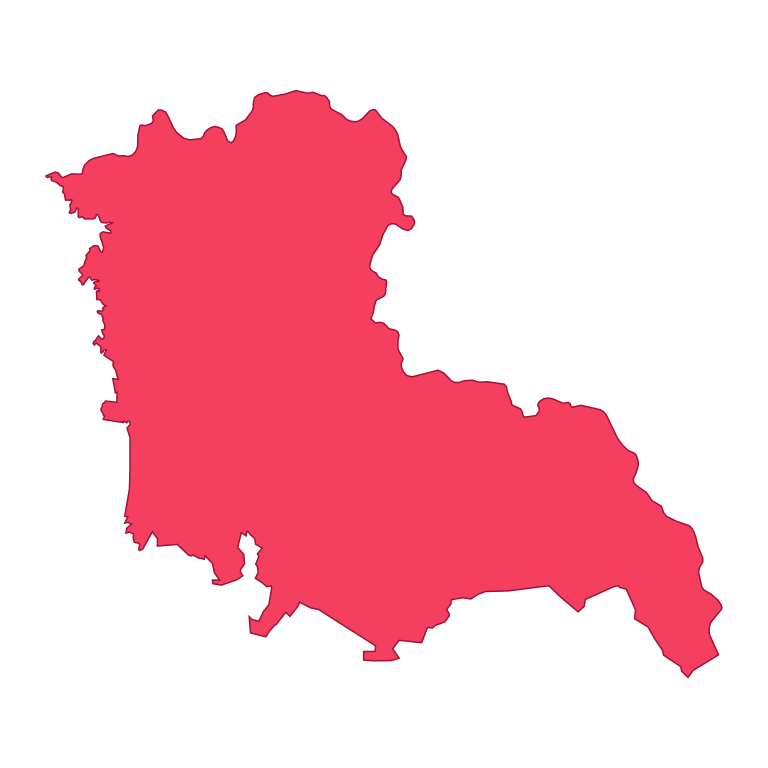 Skaņkalnes pag., Mazsalacas, Latvia (Albers equal-area conic projection)
{"feature_id": "27541924B43607455964711", "entity_name": "Skaņkalnes pag.", "entity_type": "district", "adm_level": 2, "iso_a3": "LVA", "parent_name": "Latvia", "parent_adm1": "Mazsalacas", "projection": "albers", "projection_center": [24.962, 57.86], "detail": "fine", "context": "isolated", "style": "filled", "palette": "rose", "viewbox_px": 768, "rotation_deg": 0, "n_neighbors": 0, "source": "geoboundaries", "source_scale": "gbopen_adm2", "svg_char_len": 6029}
<svg xmlns="http://www.w3.org/2000/svg" viewBox="0 0 768 768"><path d="M636.7,485.7L634.1,483.0L633.3,480.4L633.5,478.5L636.4,472.1L638.2,465.5L638.3,462.2L636.6,456.1L635.0,453.6L628.1,450.4L622.6,445.3L617.3,437.8L606.1,414.6L603.2,411.5L600.1,409.7L581.1,405.3L572.8,407.1L571.5,406.7L570.6,405.7L570.3,403.8L568.1,402.4L563.2,403.3L553.7,399.2L548.7,398.0L543.6,398.7L539.6,401.5L537.9,404.1L538.1,406.1L539.2,408.4L539.2,411.1L536.1,415.6L524.4,417.2L522.9,415.4L522.4,412.3L520.5,408.9L512.0,405.0L511.2,401.3L507.4,391.9L506.5,386.9L504.1,384.1L487.4,381.8L479.0,382.2L472.4,380.2L464.7,380.7L458.9,382.5L453.9,382.3L451.2,380.7L443.9,373.0L438.0,370.2L411.9,376.9L406.5,375.4L403.7,372.0L401.7,367.9L401.2,365.0L401.4,363.1L402.9,359.9L402.9,358.2L398.8,350.9L397.9,347.6L398.0,340.7L399.0,335.4L398.0,332.2L395.6,330.3L389.0,328.7L383.8,323.3L380.1,322.3L375.3,322.9L371.2,319.2L371.2,317.9L373.4,312.3L374.1,307.3L375.7,301.4L376.7,300.0L383.7,296.2L385.0,294.7L385.8,290.8L385.7,287.9L386.3,285.7L386.5,281.3L386.1,280.1L381.9,279.0L378.4,276.8L376.2,273.1L371.1,270.2L369.6,266.9L371.0,260.2L372.9,254.7L379.5,245.0L382.9,234.6L387.9,225.6L391.4,223.7L395.4,224.0L403.4,229.3L407.9,230.4L411.5,228.7L414.3,223.9L414.6,221.8L413.7,219.2L411.5,216.1L405.9,215.8L403.8,214.9L403.2,213.9L402.9,207.5L399.4,199.0L398.0,197.1L392.4,194.3L391.2,192.2L391.4,190.5L392.6,188.4L400.3,179.6L401.2,174.6L401.2,170.1L406.0,159.7L406.4,156.7L402.3,150.3L400.3,146.0L397.7,134.3L395.1,129.3L392.2,126.1L381.8,118.2L375.4,109.9L373.4,109.5L369.7,110.9L362.9,118.2L358.8,121.0L355.3,121.8L350.3,121.1L346.6,119.4L341.8,114.6L331.3,109.2L329.7,106.6L329.5,101.7L326.8,97.5L324.3,95.5L321.7,95.6L313.0,92.3L307.4,93.2L295.9,90.6L284.9,94.1L273.5,96.3L271.0,95.7L267.0,92.6L265.6,92.6L258.5,94.6L254.6,97.5L253.4,102.4L253.3,108.0L252.1,110.9L245.6,119.8L236.6,125.1L236.0,126.6L236.4,130.8L235.7,136.1L233.6,140.8L231.2,142.9L227.8,141.1L223.8,131.6L222.0,128.9L218.4,127.2L214.4,126.5L210.4,127.8L206.7,130.4L204.6,133.0L203.2,136.7L200.9,138.6L190.1,139.9L184.0,138.4L176.7,132.5L173.6,128.3L167.9,116.0L165.6,112.0L161.4,110.1L158.3,109.9L152.4,116.0L153.4,120.7L151.5,123.4L145.4,125.7L141.1,125.0L139.9,125.8L137.9,135.4L137.6,146.6L135.7,151.4L132.6,154.9L128.4,156.5L123.5,155.7L118.6,156.0L113.0,153.5L94.4,158.1L89.3,160.4L84.5,165.2L83.1,168.6L82.4,172.8L81.3,174.2L71.5,173.9L62.9,177.6L61.2,176.8L58.2,172.8L55.2,172.1L46.1,175.7L46.2,176.7L47.4,177.5L51.4,176.6L51.8,177.7L51.0,179.3L51.6,180.5L56.2,182.1L60.5,185.8L63.3,186.7L63.4,189.4L62.6,191.9L64.5,194.2L65.5,200.1L71.8,200.1L71.8,201.4L69.8,205.2L70.5,208.5L70.3,210.4L69.2,212.7L71.2,213.5L74.7,212.1L77.0,207.9L78.2,208.8L78.2,216.6L79.2,217.6L82.4,216.8L84.8,218.9L93.4,218.9L95.3,217.9L96.4,214.8L97.6,214.5L98.9,216.5L100.0,220.3L101.7,222.5L106.6,223.0L109.7,222.1L112.3,222.8L105.3,226.1L106.5,228.3L110.6,230.7L111.1,232.1L110.4,233.2L103.2,231.8L100.3,233.4L100.0,235.9L103.8,247.8L102.3,252.1L101.1,252.4L98.1,246.3L96.6,245.6L93.8,245.8L89.6,248.6L90.0,250.8L86.1,255.2L86.5,258.4L85.0,261.3L83.9,265.6L78.7,269.3L79.2,271.1L83.0,275.1L78.6,279.1L78.7,280.0L81.0,281.9L82.0,284.5L83.1,285.0L88.6,277.0L89.8,277.5L91.8,280.1L95.1,279.5L98.7,280.4L99.0,280.9L98.7,281.5L95.1,281.6L93.6,282.9L96.2,285.6L94.6,287.5L94.3,288.7L94.8,289.3L97.8,288.0L99.1,288.6L99.3,289.9L98.8,291.3L97.6,290.3L96.5,291.7L96.8,299.5L100.4,299.8L103.0,304.3L106.1,305.9L103.1,307.4L102.8,308.4L103.6,309.6L102.1,311.2L97.6,310.8L97.3,311.8L98.2,313.3L101.6,314.4L102.9,318.4L103.0,321.0L104.8,324.9L104.6,329.2L101.7,329.9L102.7,333.5L104.3,335.7L104.2,337.3L102.7,338.9L101.3,338.9L98.5,335.8L95.5,340.2L93.6,341.8L93.2,343.5L94.3,345.1L96.3,343.0L100.4,346.4L101.0,349.1L100.6,352.1L101.3,353.1L102.8,352.2L103.8,349.9L106.3,349.8L103.9,355.2L113.5,361.6L113.7,362.7L112.9,363.4L113.3,366.7L115.5,369.9L118.2,379.4L112.8,378.6L115.4,393.0L117.2,392.3L116.8,402.3L105.4,401.0L105.1,402.0L102.5,404.1L102.1,407.3L101.1,408.5L100.9,409.9L103.4,414.2L103.2,415.0L104.6,415.9L103.2,419.4L123.4,422.6L123.6,421.1L126.8,422.8L127.5,421.2L129.6,421.6L130.2,422.8L130.1,424.4L127.0,428.0L130.0,437.7L130.0,469.8L129.4,489.3L124.7,516.3L127.8,516.9L124.7,523.1L128.1,522.5L131.7,524.1L126.9,528.0L125.9,533.1L129.7,532.0L133.5,534.1L133.5,536.0L133.0,537.4L134.3,542.3L138.5,543.2L139.5,544.3L139.7,545.3L138.7,548.5L139.3,550.5L142.7,549.1L152.4,531.8L157.5,538.7L157.4,546.1L177.3,544.4L188.3,554.9L191.2,556.0L193.0,555.1L198.4,557.9L204.2,559.2L205.0,555.8L212.5,563.4L214.4,572.8L219.7,580.2L212.4,580.0L212.8,583.7L221.5,585.1L236.8,579.8L242.9,575.7L240.5,572.1L240.4,570.1L244.5,563.7L243.8,554.4L237.7,547.4L241.3,532.7L246.1,535.8L246.7,531.4L248.7,532.3L250.1,534.5L254.7,538.4L255.6,544.2L262.2,548.0L257.4,553.8L258.9,556.3L255.7,564.1L257.3,566.3L258.2,572.4L255.3,578.3L263.0,583.3L266.8,586.7L271.2,585.8L271.6,588.2L268.9,604.6L263.5,611.5L258.8,621.2L252.1,619.6L249.2,616.7L250.5,632.9L265.8,636.8L269.5,631.1L275.0,624.8L276.0,624.8L285.7,612.4L290.0,616.3L297.7,606.6L299.7,602.2L310.7,607.9L318.6,609.5L375.5,645.8L375.2,651.4L363.7,651.5L363.6,660.1L374.0,660.8L391.1,660.6L399.2,658.2L392.7,648.8L399.1,640.3L421.7,642.7L427.3,627.9L428.8,627.3L432.2,628.1L435.4,625.4L444.8,621.9L449.2,616.0L449.4,614.0L446.6,609.7L451.0,603.8L450.6,603.2L451.7,599.6L463.2,597.7L470.7,599.0L478.0,594.3L485.5,591.5L508.4,590.9L548.8,585.7L560.9,597.3L578.1,611.8L584.2,606.4L585.3,599.5L613.1,586.9L617.9,585.6L619.7,587.4L626.2,589.1L635.5,609.8L634.6,618.7L648.1,627.1L655.1,639.4L662.5,650.4L663.6,655.2L680.7,666.6L681.7,671.3L688.0,677.4L693.1,670.4L718.6,654.8L710.1,636.0L709.3,633.6L709.0,628.8L710.3,623.6L711.5,621.5L721.4,609.4L721.9,607.5L721.0,604.5L718.1,600.3L711.0,594.1L703.7,589.8L701.7,586.8L698.5,571.8L699.9,566.7L702.8,561.9L702.8,558.3L698.1,546.7L695.8,537.1L693.7,531.5L691.9,528.3L689.4,525.8L675.7,521.0L666.4,516.3L663.5,512.4L661.6,506.8L660.9,505.9L652.1,500.7L646.4,492.5L636.7,485.7Z" fill="#f43f5e" stroke="#9f1239" stroke-width="1.5"/></svg>